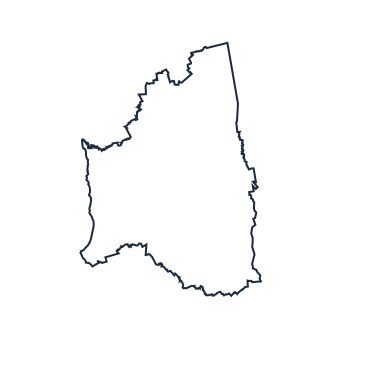 Tararua District, Manawatu-Wanganui, New Zealand, rotated 138°
{"feature_id": "76426892B74237617683232", "entity_name": "Tararua District", "entity_type": "district", "adm_level": 2, "iso_a3": "NZL", "parent_name": "New Zealand", "parent_adm1": "Manawatu-Wanganui", "projection": "equal_earth", "projection_center": [176.211, -40.389], "detail": "fine", "context": "isolated", "style": "outline", "palette": "slate", "viewbox_px": 384, "rotation_deg": 138, "n_neighbors": 0, "source": "geoboundaries", "source_scale": "gbopen_adm2", "svg_char_len": 6115}
<svg xmlns="http://www.w3.org/2000/svg" viewBox="0 0 384 384"><g transform="rotate(138 192 192)"><path d="M239.2,304.0L243.1,298.6L243.5,296.8L242.9,296.2L242.9,294.8L244.1,292.5L246.2,290.3L247.7,287.2L247.7,285.6L249.7,283.6L250.8,281.8L252.1,281.3L252.4,280.6L254.8,278.7L255.3,277.3L256.2,277.1L256.6,275.5L257.3,274.7L259.7,274.5L260.3,273.8L260.3,273.2L261.4,272.1L262.2,271.9L262.4,270.4L262.1,269.5L262.5,268.2L263.3,267.3L263.9,267.3L264.6,264.4L267.1,260.9L268.9,259.5L270.6,258.8L270.7,256.1L272.1,253.8L275.3,251.0L278.6,248.9L279.9,247.8L280.2,246.6L282.1,245.3L282.6,244.2L282.5,243.6L283.1,240.3L284.3,237.9L284.6,236.5L285.5,235.2L287.7,232.6L297.7,225.3L300.3,223.7L301.9,223.2L302.1,222.8L305.9,221.8L308.0,221.9L311.3,221.4L314.0,222.3L314.1,221.7L315.6,221.4L316.3,218.6L317.2,216.3L317.0,212.7L318.1,210.4L316.7,209.0L315.9,207.8L315.7,204.8L315.8,203.3L308.7,201.8L308.2,204.3L307.9,202.6L307.4,202.0L307.1,200.9L306.4,200.5L306.3,199.5L302.0,197.4L300.0,201.4L287.6,195.4L287.5,198.6L285.6,198.8L285.4,198.1L284.9,197.9L282.2,198.5L280.8,197.9L280.7,198.7L280.2,198.1L276.2,197.3L274.8,196.2L275.2,195.2L275.3,194.3L275.0,194.2L275.5,194.0L275.3,192.9L274.4,193.1L274.0,192.3L273.5,192.8L272.7,192.6L272.5,193.0L271.3,193.1L268.9,189.2L268.1,188.7L265.5,189.0L264.5,187.4L265.6,184.4L261.0,183.5L268.6,176.2L266.8,175.0L265.7,175.1L265.6,174.4L265.0,173.3L265.2,172.5L265.1,170.3L267.2,162.4L265.8,160.2L264.4,160.8L263.2,160.2L263.7,159.4L263.4,159.4L263.3,158.9L262.6,158.9L263.0,157.5L264.4,156.9L263.4,156.1L263.0,154.9L262.9,153.6L263.3,152.2L262.7,151.4L263.1,151.4L263.1,148.8L260.9,147.9L260.9,142.2L260.5,142.5L259.7,142.0L259.1,142.5L258.8,138.8L259.0,138.5L258.4,137.5L259.1,137.2L259.0,136.9L259.2,137.1L259.6,136.1L259.0,135.9L260.2,134.5L260.0,134.2L260.3,134.0L260.0,134.0L260.1,133.7L259.5,132.7L259.9,132.3L260.0,130.4L261.1,128.4L262.7,127.6L262.8,126.1L261.3,125.2L260.8,124.3L255.1,122.5L253.6,120.9L253.7,120.6L253.0,120.5L253.4,119.9L253.6,118.2L253.3,118.1L253.6,117.5L253.2,117.4L252.1,115.9L251.0,116.1L250.3,115.6L250.4,115.1L248.5,116.3L247.7,114.6L248.4,113.4L248.3,113.1L249.4,112.1L249.2,111.8L249.6,111.3L249.2,110.2L250.0,109.0L250.1,107.9L250.7,107.7L250.6,106.5L250.0,106.4L250.2,105.4L249.3,104.5L248.0,104.1L246.8,103.1L245.6,102.6L246.2,101.5L245.4,101.2L245.0,100.3L244.2,100.5L242.0,99.9L241.3,100.2L238.5,99.4L237.7,98.8L238.1,96.4L237.8,95.8L237.2,95.6L237.4,93.7L235.0,93.3L234.5,92.3L232.3,91.8L232.3,88.6L227.7,89.1L227.6,88.3L226.8,88.2L226.8,85.9L224.9,86.3L219.8,86.0L219.6,85.5L216.2,85.9L213.8,84.3L210.0,89.0L209.3,87.9L207.3,86.2L207.6,84.7L200.6,79.5L199.7,82.4L197.4,84.0L197.0,84.8L197.1,88.6L196.3,91.1L197.9,94.5L197.0,95.4L195.5,98.3L187.4,103.7L183.9,111.0L180.9,113.7L177.5,117.5L175.7,121.6L170.9,125.5L166.8,125.3L164.4,131.1L162.5,130.5L158.0,133.7L158.1,135.9L157.0,138.3L152.7,142.7L152.6,144.3L151.7,146.0L152.4,147.7L151.1,148.8L150.7,149.7L150.3,150.7L151.3,151.4L149.6,153.7L145.7,151.3L142.7,155.9L142.6,151.6L139.9,151.6L139.8,158.8L138.4,157.9L137.8,156.7L130.4,168.4L132.6,170.0L134.6,170.6L133.2,176.0L132.2,177.0L132.2,177.8L132.7,177.9L131.5,177.9L132.2,179.7L131.0,181.1L131.0,182.6L130.1,183.1L130.3,183.7L129.0,183.9L128.4,184.9L128.5,185.2L128.1,185.6L128.3,186.4L129.0,186.4L129.6,186.9L129.4,187.5L127.3,188.0L127.6,188.7L126.4,188.7L126.6,189.1L126.0,189.2L126.1,190.2L125.4,190.4L125.5,190.9L125.2,190.9L125.1,191.5L123.6,192.1L123.7,192.6L123.3,192.4L123.0,193.1L122.8,192.7L122.2,193.0L122.1,193.8L122.3,194.0L122.1,195.1L121.2,195.2L120.1,196.0L120.4,196.7L120.0,196.9L120.4,197.6L120.5,198.2L121.2,198.4L121.4,198.9L119.9,200.7L120.3,201.4L119.8,201.7L119.8,202.3L118.9,203.0L118.3,203.0L118.2,203.6L117.6,204.2L116.2,204.7L118.2,206.1L112.6,214.1L111.3,214.4L98.8,226.8L65.9,279.1L84.9,289.2L84.6,290.3L84.9,290.9L86.5,291.4L88.2,290.4L90.5,291.1L90.7,290.7L91.4,291.5L93.0,292.0L93.3,292.7L93.9,292.8L94.6,293.7L95.3,293.5L99.5,296.0L100.5,294.2L99.5,293.9L99.5,293.2L105.0,293.1L106.1,289.0L106.8,288.2L110.0,289.4L111.6,287.5L111.3,285.6L113.8,285.6L113.8,282.4L113.1,282.4L113.1,280.0L126.6,280.2L127.3,281.1L127.6,282.6L126.9,283.6L130.4,280.7L132.9,283.3L132.7,284.2L131.9,285.0L131.2,286.4L131.8,286.6L131.8,287.3L132.2,287.8L132.7,287.7L132.7,287.4L133.6,288.2L134.9,288.3L132.9,292.2L132.7,293.5L131.7,293.9L131.6,295.5L129.9,296.1L129.6,296.7L129.8,297.9L129.3,300.4L133.8,301.6L134.5,300.4L136.1,301.8L136.4,302.6L137.3,303.0L137.7,302.6L139.3,303.7L142.8,298.3L143.1,298.5L142.9,299.6L143.1,299.8L143.5,299.4L144.0,299.8L144.8,299.7L146.1,300.7L147.7,298.5L150.6,300.9L151.4,300.8L152.5,303.2L155.5,301.9L160.8,295.5L166.3,300.0L168.1,292.6L169.9,293.4L170.7,293.3L171.8,291.4L172.8,292.2L175.1,291.9L174.2,291.4L175.7,290.3L175.5,289.7L175.0,289.7L175.5,289.4L175.5,288.6L174.7,287.5L176.0,287.3L177.9,288.4L179.0,287.8L179.4,288.1L182.7,284.7L183.1,285.8L184.1,282.6L185.6,283.1L185.3,284.3L189.9,285.7L190.7,285.1L192.5,285.8L192.7,284.7L193.8,285.2L196.6,284.8L198.2,285.5L197.6,283.1L198.3,283.3L200.7,273.9L202.1,274.0L202.8,273.3L203.3,273.4L203.7,273.6L203.9,274.6L204.6,275.1L205.9,275.4L206.0,274.9L207.0,275.9L208.6,276.0L209.3,276.6L211.1,275.5L211.7,276.0L211.5,275.4L213.7,274.4L215.3,275.3L215.7,275.9L214.5,278.7L218.5,281.2L219.1,280.6L219.9,280.7L220.6,280.2L221.8,281.2L222.4,280.7L223.3,281.1L223.4,281.5L224.0,281.2L224.7,282.1L225.6,281.6L225.8,282.5L226.5,281.8L227.5,281.9L228.0,282.6L228.7,281.9L229.9,282.5L229.3,282.9L229.4,283.3L231.3,283.2L230.7,284.1L231.3,284.5L231.3,285.4L232.0,286.0L232.8,286.0L232.5,286.7L231.8,287.0L232.1,288.2L232.8,288.4L232.0,289.3L233.3,289.8L234.3,289.7L235.0,290.5L234.8,290.9L234.0,290.4L233.5,290.7L234.0,292.6L234.7,293.3L234.6,292.4L235.3,292.8L234.9,293.5L235.3,294.0L235.8,293.2L236.7,293.6L236.6,292.4L237.0,291.9L237.2,292.5L238.2,292.4L239.4,293.7L237.7,294.2L237.8,294.8L239.0,295.1L237.7,296.2L238.1,297.3L237.6,297.5L236.9,297.1L236.5,298.1L236.7,298.6L238.1,298.8L238.3,299.1L237.5,299.9L238.1,301.5L237.3,302.4L237.8,302.9L237.8,304.0L238.3,304.5L239.2,304.0Z" fill="none" stroke="#1e293b" stroke-width="2"/></g></svg>